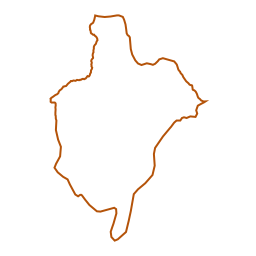 Benoue, Nord, Cameroon
{"feature_id": "32672807B41938793250317", "entity_name": "Benoue", "entity_type": "district", "adm_level": 2, "iso_a3": "CMR", "parent_name": "Cameroon", "parent_adm1": "Nord", "projection": "equal_earth", "projection_center": [13.438, 9.181], "detail": "fine", "context": "isolated", "style": "outline", "palette": "amber", "viewbox_px": 256, "rotation_deg": 0, "n_neighbors": 0, "source": "geoboundaries", "source_scale": "gbopen_adm2", "svg_char_len": 2645}
<svg xmlns="http://www.w3.org/2000/svg" viewBox="0 0 256 256"><path d="M114.7,240.6L117.8,239.3L126.0,232.0L128.7,220.9L130.8,211.1L133.8,194.1L137.4,190.0L138.0,189.3L144.1,184.2L145.3,183.2L152.5,175.0L154.7,165.7L153.9,154.0L155.1,147.9L163.0,136.4L170.1,127.9L171.0,126.9L173.8,123.1L174.3,122.5L176.6,120.5L180.3,120.5L182.0,118.0L184.0,117.3L185.2,117.6L186.6,118.0L190.3,116.4L195.5,116.9L197.2,113.6L196.2,110.3L197.8,105.7L201.4,103.7L204.1,102.3L205.5,101.4L203.6,101.5L202.5,101.0L201.2,100.5L200.0,99.1L198.4,97.9L197.8,96.7L196.9,93.9L195.7,91.6L194.3,90.3L193.2,90.0L192.7,89.5L192.5,87.9L192.1,85.5L191.6,85.2L190.6,85.1L189.5,84.6L188.5,83.3L187.7,82.6L186.2,81.3L183.3,77.1L182.4,75.0L181.0,73.5L180.4,72.7L180.1,71.7L179.9,71.6L178.4,69.7L177.7,67.4L176.8,64.6L176.2,63.8L174.2,61.4L162.9,58.2L159.8,59.2L159.3,59.3L157.7,61.3L155.1,63.8L152.9,64.8L150.6,64.1L146.8,63.3L143.7,64.3L141.5,65.0L138.0,63.5L135.3,60.4L132.2,54.5L130.8,49.1L129.8,37.3L128.9,36.0L127.7,35.2L126.7,33.4L126.1,28.6L125.5,24.4L124.1,19.7L122.8,16.9L118.9,15.4L117.0,15.4L110.5,16.5L104.7,17.0L98.5,16.3L95.2,15.5L95.1,16.3L94.8,17.4L94.3,19.7L93.2,22.6L92.7,23.1L91.0,24.2L90.2,25.3L90.0,25.7L89.8,27.1L90.0,28.0L90.1,29.1L90.0,29.8L90.4,30.1L90.6,30.8L90.9,32.9L91.2,33.4L91.7,33.6L93.2,34.8L94.1,34.7L94.8,35.7L95.8,36.4L96.7,37.5L97.3,38.9L97.3,39.6L97.5,40.1L96.6,41.5L95.9,43.8L94.8,45.0L94.1,46.1L93.8,47.1L93.9,48.2L93.4,50.6L93.5,52.3L93.0,53.2L92.8,54.0L92.6,55.2L93.1,57.8L92.9,58.3L92.2,58.9L91.6,59.8L91.3,60.6L91.2,61.1L91.7,62.2L91.8,62.9L91.6,63.6L91.3,64.3L91.5,64.8L91.6,65.3L91.4,66.1L91.9,67.2L92.2,67.6L91.9,68.9L91.3,69.9L91.0,70.5L90.9,72.6L90.2,73.5L89.9,74.9L89.1,76.3L88.7,76.5L87.5,76.1L87.0,76.8L85.8,78.4L85.0,78.7L84.6,79.1L84.1,79.2L83.0,78.8L81.8,79.2L81.4,79.6L80.6,79.7L80.0,79.8L79.8,80.1L78.2,80.1L77.0,79.9L75.6,80.8L73.5,80.5L73.4,80.5L72.2,81.1L71.2,81.0L70.9,81.0L70.5,81.6L67.9,83.8L66.2,85.9L65.8,86.1L64.8,86.2L64.2,86.5L63.4,86.5L62.9,87.3L61.4,89.2L59.7,90.4L58.8,91.7L58.3,93.2L57.0,94.3L55.4,95.0L53.1,96.7L52.2,97.3L51.5,97.7L51.5,97.8L50.5,98.8L50.8,99.8L50.6,101.1L50.7,101.9L51.5,102.5L54.7,102.5L55.3,103.0L55.6,103.5L55.7,105.7L55.4,107.2L55.6,109.5L55.4,112.6L55.4,115.1L55.7,115.7L55.8,118.0L55.8,118.6L56.4,120.5L55.9,130.0L58.1,139.6L60.9,146.8L60.1,156.4L56.0,163.9L55.7,164.7L54.5,167.7L57.7,172.3L59.4,173.7L63.1,176.8L67.6,179.4L69.9,184.5L75.3,194.5L78.1,196.3L80.1,194.9L81.1,194.8L81.9,195.3L85.3,199.9L89.4,205.0L96.9,211.3L100.4,211.6L114.2,207.8L116.1,209.1L116.4,213.4L113.5,223.6L112.3,227.0L110.7,231.8L111.4,237.0L114.7,240.6Z" fill="none" stroke="#b45309" stroke-width="2"/></svg>